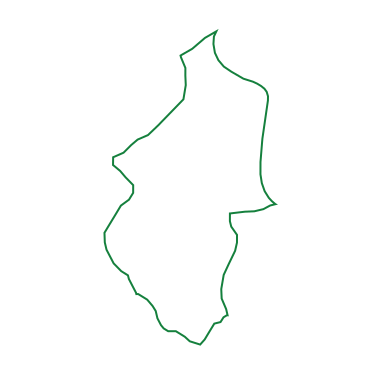 Sinyang, P'yŏngan-namdo, North Korea (Robinson projection), rotated 346°
{"feature_id": "82179303B23592668869801", "entity_name": "Sinyang", "entity_type": "district", "adm_level": 2, "iso_a3": "PRK", "parent_name": "North Korea", "parent_adm1": "P'yŏngan-namdo", "projection": "robinson", "projection_center": [126.57, 39.355], "detail": "fine", "context": "isolated", "style": "outline", "palette": "green", "viewbox_px": 384, "rotation_deg": 346, "n_neighbors": 0, "source": "geoboundaries", "source_scale": "gbopen_adm2", "svg_char_len": 1297}
<svg xmlns="http://www.w3.org/2000/svg" viewBox="0 0 384 384"><g transform="rotate(346 192 192)"><path d="M188.2,325.1L192.3,321.2L196.1,320.0L196.7,320.2L196.8,313.9L195.0,302.6L196.9,293.3L202.7,280.1L210.2,270.8L219.6,259.5L223.4,252.0L225.3,244.5L221.7,235.1L221.7,229.5L223.6,222.0L238.5,223.9L247.8,225.8L257.1,225.9L264.6,224.0L270.0,224.0L269.9,223.9L267.4,220.4L265.1,216.2L262.7,208.8L261.9,200.3L262.7,191.4L265.7,179.5L271.9,161.1L273.2,157.3L287.8,121.6L288.9,117.5L288.7,112.9L287.3,109.4L284.7,105.9L281.4,102.6L277.8,99.7L269.3,94.5L259.3,84.8L253.2,78.0L249.5,70.5L247.9,62.5L248.6,53.6L250.9,46.4L254.5,42.0L241.9,45.6L226.9,53.1L213.9,56.8L213.9,58.7L215.6,70.0L213.7,77.5L211.8,86.8L206.1,100.0L178.6,117.1L176.1,118.7L163.1,126.1L151.9,128.0L144.4,131.7L135.1,137.3L123.9,139.2L121.9,146.7L127.4,154.2L131.1,161.7L136.6,171.1L134.7,178.6L129.0,184.2L119.7,188.0L112.2,195.5L102.8,204.8L97.2,210.4L95.2,219.8L95.1,227.3L96.9,234.8L98.7,242.3L104.2,251.7L109.7,257.4L109.7,261.1L111.5,268.7L113.3,276.2L113.3,277.6L115.1,278.0L118.8,281.8L122.5,285.6L126.2,293.1L128.0,298.7L127.9,306.2L129.7,313.7L131.5,317.5L135.2,321.3L142.7,323.2L150.0,330.7L153.7,336.3L163.0,342.0L168.6,338.2L174.2,332.6L181.8,325.1L188.2,325.1Z" fill="none" stroke="#15803d" stroke-width="2"/></g></svg>